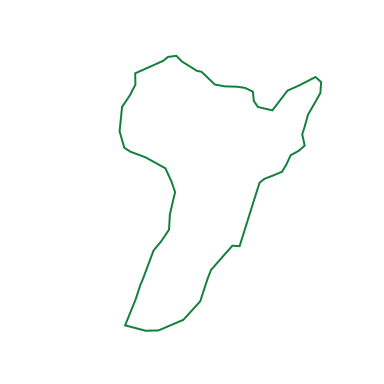 Taebaek-si, Gangwon, South Korea (Robinson projection), rotated 198°
{"feature_id": "91817680B55715776787208", "entity_name": "Taebaek-si", "entity_type": "district", "adm_level": 2, "iso_a3": "KOR", "parent_name": "South Korea", "parent_adm1": "Gangwon", "projection": "robinson", "projection_center": [128.966, 37.182], "detail": "fine", "context": "isolated", "style": "outline", "palette": "green", "viewbox_px": 384, "rotation_deg": 198, "n_neighbors": 0, "source": "geoboundaries", "source_scale": "gbopen_adm2", "svg_char_len": 925}
<svg xmlns="http://www.w3.org/2000/svg" viewBox="0 0 384 384"><g transform="rotate(198 192 192)"><path d="M130.0,155.2L130.6,214.3L130.6,221.7L130.0,222.6L127.4,226.7L118.4,234.1L112.7,239.0L110.8,247.0L109.5,257.5L103.1,264.3L99.2,271.0L105.0,280.9L105.0,288.3L105.6,301.3L103.1,313.0L100.5,325.9L103.1,336.4L109.1,339.1L110.1,339.5L122.3,327.2L132.5,317.9L140.8,294.5L155.5,293.2L161.3,297.6L165.1,306.2L173.5,307.4L181.1,306.2L193.9,302.5L203.5,301.3L220.2,309.3L224.6,308.7L241.9,313.0L249.0,316.7L256.6,313.0L259.8,308.0L282.7,287.3L279.0,276.6L280.9,264.9L284.8,251.3L279.6,227.3L270.0,213.1L263.0,211.3L247.0,210.6L224.6,206.3L215.0,195.9L208.0,186.6L207.3,177.4L206.1,163.8L202.2,149.1L206.1,135.5L210.5,124.4L211.8,94.3L212.4,87.5L212.4,72.8L214.4,44.5L193.3,45.7L181.1,50.0L160.7,67.8L150.4,90.6L150.4,114.0L149.8,123.8L142.1,141.7L137.0,153.4L130.0,155.2Z" fill="none" stroke="#15803d" stroke-width="2"/></g></svg>